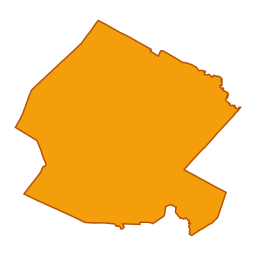 outline of Sarbeni, Teleorman, Romania
{"feature_id": "2599482B36537756956873", "entity_name": "Sarbeni", "entity_type": "district", "adm_level": 2, "iso_a3": "ROU", "parent_name": "Romania", "parent_adm1": "Teleorman", "projection": "equal_earth", "projection_center": [25.419, 44.486], "detail": "fine", "context": "isolated", "style": "filled", "palette": "amber", "viewbox_px": 256, "rotation_deg": 0, "n_neighbors": 0, "source": "geoboundaries", "source_scale": "gbopen_adm2", "svg_char_len": 5550}
<svg xmlns="http://www.w3.org/2000/svg" viewBox="0 0 256 256"><path d="M226.1,192.4L221.7,190.1L214.4,186.3L203.7,180.4L199.0,177.9L194.0,175.1L188.5,172.2L185.2,170.4L184.1,169.5L187.3,166.0L192.6,160.0L193.8,158.8L198.1,154.0L202.6,149.3L203.7,148.4L205.0,147.1L209.8,141.8L211.9,139.4L213.3,137.9L214.1,136.9L215.5,135.3L217.3,133.1L220.9,129.3L227.0,122.8L228.1,121.3L230.6,118.8L231.2,118.1L233.1,116.1L234.0,115.1L235.5,113.0L237.7,110.9L238.9,109.5L240.6,107.3L240.3,107.2L239.0,107.4L238.7,107.8L238.8,108.3L238.7,108.5L238.3,108.8L237.4,108.9L236.8,108.8L236.2,108.5L236.1,108.3L236.0,107.7L235.9,107.6L235.3,107.6L235.0,107.6L235.2,106.9L235.2,106.7L234.5,106.7L234.3,106.3L234.4,106.1L234.7,105.5L234.6,105.4L234.3,105.3L234.1,105.4L233.9,105.9L233.7,105.9L233.2,105.4L232.8,105.3L231.7,105.5L231.3,105.4L230.4,105.3L229.9,105.2L229.7,104.8L229.9,103.9L229.8,103.6L229.7,103.4L228.8,103.5L228.6,102.9L228.0,102.3L226.1,100.8L225.6,99.9L225.7,99.3L226.0,98.8L226.3,98.6L227.0,98.5L227.1,98.4L227.1,98.2L226.8,98.1L226.6,97.7L226.7,97.4L227.0,97.3L227.4,97.2L227.7,97.1L227.8,96.9L227.2,96.5L227.0,96.3L227.1,96.1L227.7,96.1L227.8,95.9L227.4,95.2L227.5,94.9L227.8,95.0L228.1,95.0L228.3,94.8L228.4,94.7L227.4,94.0L227.4,93.9L227.9,93.4L227.9,93.1L227.1,92.3L226.9,92.1L226.5,92.0L226.0,92.1L225.6,92.0L225.3,91.7L225.0,91.2L222.8,90.1L222.6,89.9L222.5,89.7L223.4,89.1L223.6,88.7L223.4,88.5L223.1,88.1L222.9,87.9L222.3,88.2L222.0,88.3L221.6,88.2L220.9,87.9L220.3,87.4L220.1,87.2L220.2,86.6L220.2,85.8L220.3,85.7L220.6,85.7L221.0,85.7L221.3,85.7L221.6,85.6L221.8,85.4L221.2,85.2L221.1,84.9L221.4,84.6L221.7,84.4L222.0,84.2L221.9,83.7L221.8,83.3L221.8,82.8L221.9,82.5L222.1,82.3L222.2,81.8L222.1,81.6L221.9,81.5L221.1,81.3L221.0,81.0L221.2,80.5L222.1,79.8L222.1,79.6L221.6,79.4L221.3,79.3L221.3,79.1L221.6,78.4L221.1,77.8L220.0,77.1L219.0,76.4L218.8,76.3L218.5,76.3L218.0,76.5L217.3,76.5L217.1,76.4L216.5,76.0L215.9,75.8L213.4,75.4L213.3,75.5L213.4,76.3L212.6,76.9L212.1,77.1L211.8,77.1L211.5,77.0L211.3,76.8L211.2,76.2L211.0,75.9L210.0,75.2L209.4,74.5L209.0,74.3L208.6,74.3L207.4,74.7L206.3,74.9L205.2,74.8L204.9,74.6L204.6,74.4L204.3,74.1L204.1,73.7L204.1,73.4L204.3,73.1L205.0,72.7L205.4,72.2L205.4,71.6L205.3,71.3L205.0,71.1L204.0,71.0L203.7,70.8L203.0,70.6L202.7,70.5L202.2,70.6L200.9,70.3L200.3,70.4L199.7,70.6L198.7,70.4L198.1,69.8L197.8,69.1L196.4,67.4L196.0,67.0L195.2,66.8L193.4,65.7L192.1,64.8L190.7,64.3L189.8,64.2L189.2,64.0L188.8,63.8L188.0,63.0L187.8,63.0L186.9,63.2L186.4,63.3L186.0,63.2L185.7,62.9L184.9,62.6L183.8,62.4L183.4,62.3L183.1,62.4L182.7,62.6L177.3,59.1L166.1,52.6L164.7,51.8L162.9,51.0L161.6,50.7L161.1,50.7L160.8,50.9L160.5,51.1L158.4,56.1L156.3,54.9L155.2,54.2L152.6,52.5L150.7,51.6L150.5,51.4L150.4,51.2L150.5,50.8L151.2,50.0L151.3,49.8L151.2,49.5L151.0,49.3L127.9,36.3L123.1,33.9L121.7,33.3L120.4,32.7L109.9,26.8L104.9,23.9L98.2,20.5L95.9,23.4L92.7,28.1L91.8,29.3L90.3,31.4L88.9,33.3L88.1,34.2L86.5,36.2L82.2,42.3L80.7,44.1L80.1,44.5L74.0,50.4L72.2,51.9L71.0,53.2L67.6,56.3L64.6,59.2L62.4,61.0L60.2,63.1L58.2,65.1L53.0,69.8L51.4,71.5L49.4,73.2L44.9,77.4L44.8,77.7L44.4,78.2L42.5,79.6L39.3,82.7L38.1,83.7L37.0,84.9L36.2,85.6L33.9,87.9L31.9,89.7L31.3,90.6L30.8,91.9L28.7,96.9L28.6,97.5L27.4,100.6L26.8,102.8L25.9,104.8L25.7,105.6L24.9,108.1L24.5,108.7L24.0,110.1L23.3,112.0L22.8,113.6L22.6,113.9L22.5,114.2L21.7,115.6L20.7,118.0L19.1,120.8L18.2,122.4L16.2,126.0L15.4,127.4L21.2,130.9L33.5,138.5L34.1,138.8L37.1,140.7L38.2,143.5L38.8,145.0L39.3,146.3L39.7,147.1L39.9,147.7L40.9,150.1L41.1,150.9L41.5,151.8L41.9,153.7L42.1,154.4L42.3,155.1L42.7,155.6L43.2,157.0L43.5,158.1L44.1,159.6L44.6,160.7L46.2,164.6L45.0,166.2L44.9,166.5L44.4,166.3L43.4,166.3L42.9,167.2L42.1,168.4L42.0,168.7L41.5,170.6L40.4,172.3L40.0,172.9L40.0,173.2L34.8,180.0L30.7,185.1L26.2,191.0L24.0,193.9L25.1,194.5L31.2,197.5L36.4,199.9L37.1,200.3L37.3,200.8L38.0,200.6L39.6,201.4L52.7,207.4L58.2,209.8L60.9,211.1L64.5,212.7L68.8,214.7L70.3,215.3L77.0,218.5L84.0,222.0L85.4,222.4L86.5,222.6L94.3,223.0L103.7,222.8L106.9,223.1L107.5,223.3L108.2,223.3L114.8,223.9L116.1,226.2L117.5,225.7L117.8,226.2L118.6,225.9L118.8,226.3L119.5,226.0L121.2,229.1L123.4,228.2L123.5,228.1L123.8,227.6L124.1,227.1L123.8,226.3L123.4,225.3L122.5,223.9L125.2,223.9L139.9,224.4L140.0,222.9L140.0,222.3L141.0,222.2L143.9,222.3L145.5,222.2L149.7,222.5L150.9,222.7L152.6,223.5L153.0,223.5L153.7,223.1L159.9,218.8L163.4,216.4L163.9,216.0L164.3,215.6L164.3,215.4L165.3,209.8L165.6,208.4L165.7,207.5L165.7,206.5L166.4,206.3L170.0,204.8L170.4,204.8L170.9,204.8L171.2,204.9L172.6,205.5L174.4,206.2L174.9,206.6L175.4,207.0L176.2,207.2L175.8,208.7L175.7,209.3L175.5,211.4L175.5,211.8L175.6,212.1L175.7,212.5L176.2,213.2L178.5,216.1L179.3,216.9L179.7,217.2L179.7,217.3L180.1,218.3L180.4,218.3L180.8,218.1L181.3,218.1L183.1,218.8L183.9,219.0L184.0,218.9L184.2,218.5L184.7,218.5L185.6,218.5L185.8,218.4L186.1,218.0L187.9,220.2L188.7,220.6L189.2,221.0L189.2,221.4L188.7,222.8L188.6,223.4L190.2,223.4L189.8,224.1L189.5,224.8L189.0,225.6L188.9,225.9L188.9,226.5L189.4,227.0L189.2,227.5L189.3,228.3L189.9,228.8L190.0,229.0L190.0,229.4L190.0,229.8L189.5,231.0L189.5,231.5L189.8,232.3L189.8,232.5L189.7,232.8L189.5,233.1L189.4,233.4L189.3,233.9L189.7,234.2L189.8,234.1L190.5,234.7L191.7,235.5L192.0,235.3L192.7,234.8L194.9,233.2L194.9,233.3L199.8,230.1L200.8,229.6L203.5,228.0L204.5,227.6L205.4,227.0L205.7,226.5L209.0,224.5L210.5,223.8L211.8,223.1L212.4,222.7L213.0,222.1L213.3,221.6L217.1,218.1L217.5,217.5L218.4,215.3L226.1,192.4Z" fill="#f59e0b" stroke="#b45309" stroke-width="1.5"/></svg>